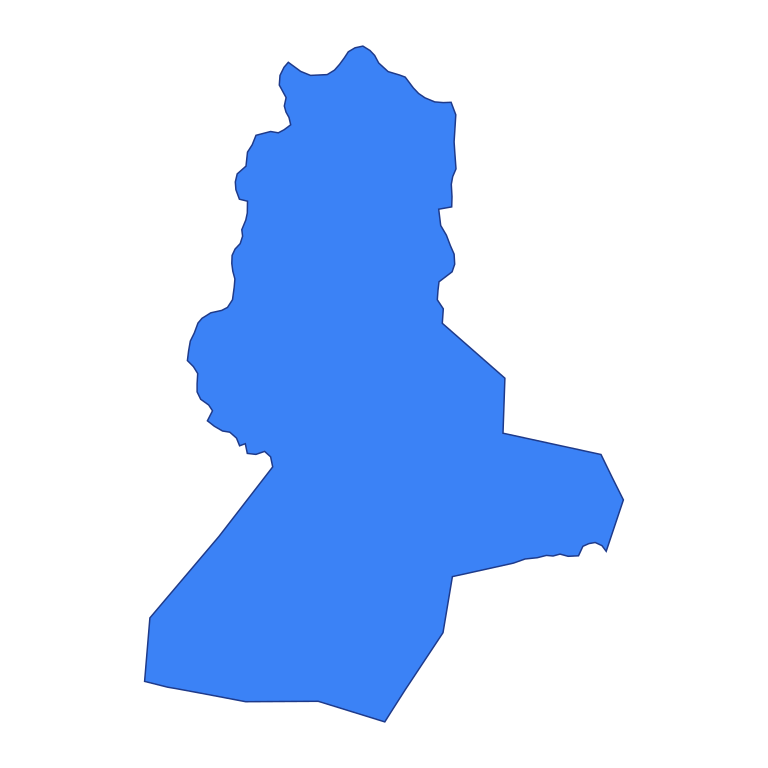 outline of São Miguel da Baixa Grande, Piauí, Brazil
{"feature_id": "56859067B26070453976933", "entity_name": "São Miguel da Baixa Grande", "entity_type": "district", "adm_level": 2, "iso_a3": "BRA", "parent_name": "Brazil", "parent_adm1": "Piauí", "projection": "orthographic", "projection_center": [-42.28, -5.802], "detail": "fine", "context": "isolated", "style": "filled", "palette": "blue", "viewbox_px": 768, "rotation_deg": 0, "n_neighbors": 0, "source": "geoboundaries", "source_scale": "gbopen_adm2", "svg_char_len": 1729}
<svg xmlns="http://www.w3.org/2000/svg" viewBox="0 0 768 768"><path d="M241.8,229.7L242.6,236.2L240.2,243.6L235.1,249.0L232.1,255.4L231.8,263.5L232.8,271.2L234.9,279.0L234.2,287.2L232.5,299.7L227.5,307.4L221.7,310.4L210.8,312.8L202.0,318.3L198.0,323.0L194.3,333.0L190.3,341.1L188.6,350.9L187.4,360.6L193.4,366.6L197.7,373.5L197.1,383.8L197.1,391.9L200.7,399.3L208.7,405.0L212.5,410.8L207.4,420.8L214.4,426.3L222.5,431.0L229.8,432.2L236.5,438.1L239.6,445.8L245.3,443.7L247.3,453.4L255.9,454.4L264.6,451.4L270.6,456.8L272.7,466.9L218.9,536.5L149.9,617.9L144.6,681.4L167.7,687.2L176.0,688.6L200.8,693.2L245.6,701.7L318.2,701.3L384.8,721.9L390.7,712.5L405.2,689.8L443.0,632.7L452.4,576.6L513.5,563.1L525.0,559.0L537.4,557.7L546.4,555.4L553.1,556.0L560.0,554.1L568.1,556.3L578.5,555.8L582.9,546.3L588.9,543.6L595.2,542.5L601.9,545.6L606.2,551.3L623.4,499.9L612.3,477.7L601.0,454.5L503.0,433.2L504.9,378.2L442.3,323.3L443.3,308.8L437.3,299.8L438.0,290.2L439.0,281.8L446.6,276.0L452.1,271.8L454.7,264.2L454.1,254.1L450.4,245.7L446.4,235.2L440.7,225.5L438.7,209.2L451.7,206.9L452.0,196.8L451.3,184.3L452.7,176.6L456.0,168.9L454.7,151.1L454.1,141.8L455.8,114.8L451.1,102.3L443.3,102.6L434.7,101.9L424.9,97.8L418.6,93.5L413.3,87.9L405.2,77.1L399.5,75.0L388.1,71.6L378.7,63.0L374.7,55.5L370.0,50.5L362.9,46.1L355.0,47.8L348.3,51.8L344.3,57.9L339.6,64.3L334.5,70.1L327.2,74.6L310.5,75.4L300.7,71.4L288.3,62.3L284.0,67.3L280.0,75.4L279.3,85.1L286.1,97.6L284.3,106.0L286.0,112.1L289.0,117.5L290.7,124.8L284.0,129.8L278.3,132.8L270.6,131.5L256.0,135.3L252.2,144.8L247.5,152.1L246.0,166.1L237.2,173.9L235.3,182.0L235.9,189.7L239.4,199.2L247.5,201.2L247.3,213.0L245.8,220.0L241.8,229.7Z" fill="#3b82f6" stroke="#1e3a8a" stroke-width="1.5"/></svg>